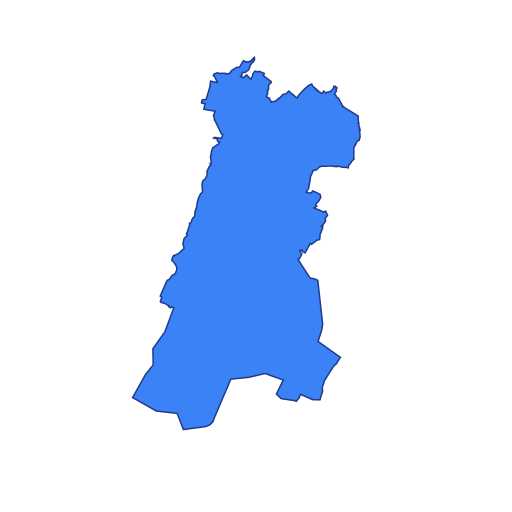 Barneveld, Gelderland, Netherlands (Mercator projection), rotated 120°
{"feature_id": "6326949B49000859839667", "entity_name": "Barneveld", "entity_type": "district", "adm_level": 2, "iso_a3": "NLD", "parent_name": "Netherlands", "parent_adm1": "Gelderland", "projection": "mercator", "projection_center": [5.571, 52.171], "detail": "fine", "context": "isolated", "style": "filled", "palette": "blue", "viewbox_px": 512, "rotation_deg": 120, "n_neighbors": 0, "source": "geoboundaries", "source_scale": "gbopen_adm2", "svg_char_len": 5933}
<svg xmlns="http://www.w3.org/2000/svg" viewBox="0 0 512 512"><g transform="rotate(120 256 256)"><path d="M348.6,128.7L345.7,129.5L339.9,130.6L337.9,132.1L336.4,133.0L331.8,133.8L330.4,134.4L312.7,133.7L309.5,132.6L308.2,132.4L304.2,132.5L301.6,132.1L299.0,159.5L287.5,162.0L281.7,164.2L246.2,190.3L246.5,193.5L248.0,198.2L240.8,212.4L237.8,218.0L236.3,217.0L231.2,217.3L230.0,220.8L229.2,220.8L229.1,220.5L228.7,220.2L228.2,219.1L227.9,218.8L228.8,218.2L228.8,215.1L218.8,215.2L218.2,215.4L218.1,213.7L215.6,212.8L215.0,212.3L212.0,211.3L211.9,211.4L211.7,211.3L211.3,210.5L210.0,209.2L208.7,209.6L204.7,211.6L204.1,211.4L203.3,211.4L201.8,211.8L198.5,212.2L198.3,213.0L198.1,213.2L196.4,213.1L196.3,213.7L196.7,214.1L194.7,213.6L193.9,213.6L193.8,213.4L191.1,213.2L189.9,213.9L189.8,214.2L188.1,214.9L185.1,214.3L182.3,218.1L184.3,219.9L184.5,223.9L184.8,225.3L185.3,229.8L182.4,228.3L182.0,229.8L180.3,230.0L177.3,229.2L172.8,229.2L170.6,231.3L170.7,234.4L171.0,237.0L171.0,237.7L171.4,239.6L173.3,239.4L174.6,241.0L175.2,242.4L175.3,243.4L175.1,244.0L175.4,244.6L171.4,244.2L162.7,247.3L159.6,248.6L156.9,248.7L153.5,249.3L151.7,247.3L150.9,246.6L147.6,245.7L146.9,245.4L146.2,244.8L145.2,243.6L144.0,241.6L143.9,241.3L143.2,240.3L141.1,237.1L139.9,234.7L139.3,233.0L138.4,230.9L137.9,231.2L137.5,230.5L137.5,230.4L136.4,227.4L135.8,225.3L135.4,224.5L134.5,222.8L133.5,220.2L131.8,221.1L128.1,220.5L125.8,220.4L124.2,219.8L123.0,219.6L122.9,220.0L121.7,220.6L113.9,225.1L113.0,225.5L110.0,225.4L110.1,225.8L105.1,225.5L104.3,224.5L100.6,225.5L95.6,229.0L95.2,228.6L94.4,229.3L94.6,229.7L94.6,229.9L93.8,230.5L93.5,230.1L91.4,232.3L89.8,233.5L89.7,233.3L89.5,233.5L89.7,233.8L89.2,233.9L85.6,236.4L84.1,237.1L83.8,237.3L83.8,237.9L83.7,237.9L83.3,251.6L83.4,252.8L82.8,255.2L83.4,255.7L82.7,256.2L81.6,258.0L81.1,258.3L80.8,259.3L80.3,260.2L78.6,262.5L78.5,263.1L78.1,263.9L78.2,264.7L77.9,265.7L76.5,268.2L76.5,268.8L75.2,269.1L72.8,268.8L72.5,269.3L71.6,269.8L70.0,269.9L70.3,270.5L70.4,270.8L70.4,271.1L70.4,271.3L69.4,271.6L69.8,273.4L72.8,272.8L75.4,273.6L76.2,273.9L77.6,275.0L78.8,276.5L80.0,277.1L79.3,279.6L79.3,279.8L80.2,279.9L81.7,279.8L82.4,280.2L82.2,281.8L82.4,281.9L82.2,284.8L82.2,285.1L81.7,285.0L81.8,286.2L81.8,287.5L81.3,287.4L80.6,291.9L79.2,293.7L81.4,295.4L83.0,296.1L88.1,297.8L95.5,299.4L96.6,299.5L98.6,299.3L98.4,301.4L98.0,303.7L97.5,305.7L97.5,306.2L97.6,306.3L97.5,306.9L96.7,310.0L98.1,310.5L99.7,310.7L101.0,311.6L102.5,313.4L104.2,313.7L104.5,313.9L105.8,314.2L108.0,314.6L107.9,315.2L111.0,316.1L112.5,317.0L113.4,317.8L115.2,319.9L114.6,320.1L113.3,322.9L112.7,323.1L112.9,323.3L112.9,323.8L112.8,326.0L113.1,326.5L112.8,326.7L112.5,326.8L112.1,326.7L110.7,327.0L109.8,327.0L109.5,327.3L109.4,327.6L109.1,327.5L108.1,328.1L108.1,328.4L107.9,328.0L107.7,328.1L107.1,328.7L106.6,328.6L106.4,328.8L105.7,328.5L105.2,328.5L105.1,328.8L104.7,328.8L104.2,329.3L103.6,329.4L102.7,330.0L102.0,330.3L101.4,330.3L101.2,330.6L99.4,330.0L98.8,330.0L98.6,329.9L98.8,329.6L98.7,329.5L97.9,330.1L97.4,330.0L96.1,339.8L95.8,339.7L95.7,340.1L93.8,340.0L93.8,340.8L94.3,344.3L94.2,344.4L94.2,344.8L94.8,345.8L95.4,346.4L96.0,347.5L96.0,348.1L96.2,348.5L96.3,349.2L97.4,349.5L99.7,349.8L101.5,349.1L105.6,348.8L104.8,351.7L104.7,351.7L104.3,353.4L103.8,354.5L106.2,355.6L107.5,355.8L107.5,356.2L108.0,356.2L108.1,359.3L106.5,358.6L104.0,359.6L102.4,357.4L102.5,357.2L98.5,355.5L96.4,355.8L95.8,355.6L94.9,356.3L91.5,356.1L89.9,355.8L89.5,355.4L86.6,355.4L84.8,356.7L85.8,357.2L87.3,357.4L87.6,357.6L87.8,357.3L89.7,358.2L90.0,358.0L90.3,358.3L90.7,358.2L90.7,359.0L92.0,359.9L92.0,360.1L92.4,360.9L92.7,360.7L92.8,361.1L93.0,361.3L92.9,364.3L94.4,364.6L100.7,364.7L101.3,365.4L101.9,366.2L102.0,366.9L107.6,369.9L111.1,370.1L111.4,370.8L112.1,371.3L113.3,373.0L113.4,373.3L113.0,373.6L115.1,377.4L115.9,378.2L116.2,379.6L116.5,379.9L116.7,381.1L118.4,382.5L118.9,383.1L121.0,383.3L121.5,381.4L123.7,378.0L125.2,376.4L127.3,382.8L132.3,380.6L145.3,377.5L147.5,380.5L148.1,380.7L150.6,379.8L150.7,379.1L149.5,376.3L155.0,374.5L151.1,363.8L155.7,363.0L157.9,360.4L158.7,360.4L159.0,360.0L158.9,359.9L158.9,359.7L164.5,351.4L167.0,347.9L167.4,347.0L167.5,347.0L167.4,346.7L167.7,345.4L169.0,345.1L171.5,344.8L172.2,346.8L174.1,351.4L175.1,351.6L174.4,349.7L174.2,349.1L174.2,348.6L174.4,348.0L175.6,346.8L175.9,346.2L176.0,345.4L175.7,344.4L176.9,344.4L177.9,344.6L182.4,346.8L183.7,347.2L183.8,347.5L184.0,347.5L184.1,347.3L186.4,347.2L192.0,345.3L193.3,344.8L197.6,341.2L198.0,341.4L198.8,342.1L200.1,340.4L200.8,341.0L201.5,341.2L206.8,340.9L207.7,340.5L209.7,339.1L210.6,338.8L211.7,338.6L215.0,338.6L215.8,338.9L217.1,339.6L217.4,339.6L218.0,339.3L219.3,339.2L221.1,338.5L224.3,336.4L226.5,334.8L227.1,334.5L227.8,334.4L229.9,335.1L234.9,334.8L236.3,334.2L238.7,333.8L243.1,331.9L248.1,331.0L251.7,329.1L252.7,329.0L254.8,329.7L255.5,329.5L256.8,329.7L257.7,329.3L259.3,329.0L260.4,329.4L260.7,329.9L261.0,330.0L261.6,329.3L262.6,328.9L265.5,328.4L269.9,327.4L271.5,327.4L272.2,325.8L276.8,327.0L281.9,325.5L284.8,322.6L285.5,322.1L292.5,324.3L295.8,326.6L296.9,326.8L296.8,327.6L298.0,327.6L298.3,327.6L298.3,327.4L300.3,327.3L301.9,326.6L301.7,326.4L302.9,323.3L304.0,321.0L305.7,318.7L307.3,317.9L310.1,317.3L311.3,317.2L313.2,317.8L314.3,318.8L319.8,319.5L321.6,320.8L338.6,318.9L338.5,317.3L338.6,317.1L343.2,316.1L343.7,315.1L342.9,312.1L342.7,311.9L342.6,310.6L342.8,308.6L342.7,306.6L343.5,306.4L343.6,303.9L343.1,303.9L342.3,303.6L341.9,301.3L367.2,297.0L387.9,298.9L401.7,290.6L413.4,292.4L440.3,292.1L440.1,264.7L431.7,245.6L442.6,232.1L429.1,214.6L425.4,211.6L420.8,210.4L416.9,211.2L407.4,212.3L407.4,213.0L407.1,212.4L375.2,216.2L364.7,201.6L353.4,189.6L352.3,185.3L352.3,185.2L352.5,185.1L349.7,170.4L365.4,169.3L366.9,162.8L361.9,150.2L361.8,148.5L361.6,148.3L359.8,148.2L357.1,147.7L356.0,148.0L353.6,148.3L352.1,135.1L348.6,128.7Z" fill="#3b82f6" stroke="#1e3a8a" stroke-width="1.5"/></g></svg>